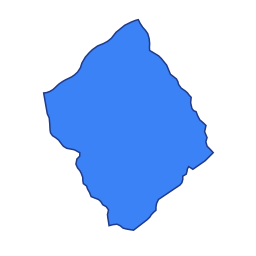 Arandu, São Paulo, Brazil (Mercator projection), rotated 141°
{"feature_id": "56859067B50939069677947", "entity_name": "Arandu", "entity_type": "district", "adm_level": 2, "iso_a3": "BRA", "parent_name": "Brazil", "parent_adm1": "São Paulo", "projection": "mercator", "projection_center": [-49.058, -23.176], "detail": "fine", "context": "isolated", "style": "filled", "palette": "blue", "viewbox_px": 256, "rotation_deg": 141, "n_neighbors": 0, "source": "geoboundaries", "source_scale": "gbopen_adm2", "svg_char_len": 1603}
<svg xmlns="http://www.w3.org/2000/svg" viewBox="0 0 256 256"><g transform="rotate(141 128 128)"><path d="M171.5,208.3L177.7,197.2L179.8,193.4L181.8,189.8L182.9,185.4L186.4,180.2L190.1,175.1L191.3,172.8L191.5,169.5L190.3,165.9L189.5,162.3L189.7,157.1L189.7,154.4L188.4,150.8L185.7,147.6L183.4,144.8L181.0,139.1L183.2,136.5L187.3,136.0L191.2,132.7L192.3,128.7L192.3,125.0L192.8,122.4L194.2,118.2L196.2,115.5L197.7,112.9L196.7,109.0L197.8,106.1L198.5,102.0L199.8,97.9L198.0,94.7L195.9,91.0L195.4,88.0L195.9,84.3L194.4,80.5L194.7,76.6L198.5,73.6L200.6,70.2L201.9,67.9L204.2,64.0L200.8,62.5L197.1,60.2L195.5,56.8L194.9,53.4L193.4,51.3L191.6,49.1L188.0,45.1L170.9,44.7L167.2,45.0L164.4,46.0L161.0,46.4L158.0,46.5L155.9,49.1L153.2,51.4L149.3,53.3L123.4,51.0L120.5,51.6L117.7,53.6L115.8,56.1L111.8,55.5L109.4,57.2L107.5,58.9L105.1,59.8L103.6,55.1L88.7,54.0L77.3,55.2L77.5,59.3L78.0,64.1L76.2,68.3L72.6,70.8L70.8,76.9L65.8,80.9L66.3,84.8L67.1,89.2L66.2,93.6L64.8,97.9L66.1,100.1L66.0,103.0L63.5,108.1L59.6,112.1L59.8,114.9L59.7,117.9L60.1,120.5L61.6,125.6L61.3,130.0L60.1,132.6L59.5,135.6L60.4,139.7L61.2,143.1L58.4,152.5L58.4,161.1L58.8,164.8L62.4,174.7L60.4,177.4L58.1,179.9L55.4,184.0L53.3,188.9L53.0,192.9L53.2,196.9L52.7,201.9L51.8,205.7L54.1,206.8L58.8,208.3L65.9,209.9L72.0,209.9L77.1,209.9L84.4,208.2L89.3,208.2L93.7,209.0L100.0,210.9L106.3,211.3L110.8,210.9L116.6,209.9L122.9,207.5L127.0,204.8L131.9,203.2L135.8,202.9L139.7,203.2L146.5,204.8L149.7,205.3L153.8,205.6L156.4,205.5L159.7,205.2L162.2,205.1L165.7,205.6L169.1,206.8L171.5,208.3Z" fill="#3b82f6" stroke="#1e3a8a" stroke-width="1.5"/></g></svg>